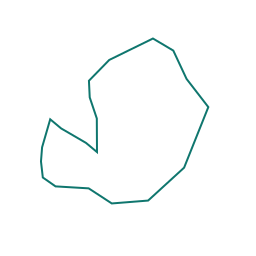 the border of Saint Philip, rotated 215°
{"feature_id": "ATG-5095", "entity_name": "Saint Philip", "entity_type": "Parish", "adm_level": 1, "iso_a3": "ATG", "parent_name": "Antigua and Barbuda", "parent_adm1": "", "projection": "natural_earth1", "projection_center": [-61.693, 17.064], "detail": "fine", "context": "isolated", "style": "outline", "palette": "teal", "viewbox_px": 256, "rotation_deg": 215, "n_neighbors": 0, "source": "natural_earth", "source_scale": "10m", "svg_char_len": 401}
<svg xmlns="http://www.w3.org/2000/svg" viewBox="0 0 256 256"><g transform="rotate(215 128 128)"><path d="M98.0,56.9L125.6,56.0L153.9,38.6L169.4,38.6L180.1,50.7L187.3,62.9L196.7,90.5L182.5,89.3L153.8,91.7L139.6,90.5L159.0,117.9L176.9,131.1L187.1,144.3L182.4,173.0L158.9,215.6L135.3,217.4L108.2,201.8L74.2,191.2L59.3,127.7L69.9,80.1L98.0,56.9Z" fill="none" stroke="#0f766e" stroke-width="2"/></g></svg>